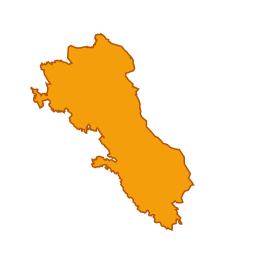 the district of Sausnējas pag., Erglu, Latvia, rotated 226°
{"feature_id": "27541924B72961238006119", "entity_name": "Sausnējas pag.", "entity_type": "district", "adm_level": 2, "iso_a3": "LVA", "parent_name": "Latvia", "parent_adm1": "Erglu", "projection": "robinson", "projection_center": [25.654, 56.823], "detail": "fine", "context": "isolated", "style": "filled", "palette": "amber", "viewbox_px": 256, "rotation_deg": 226, "n_neighbors": 0, "source": "geoboundaries", "source_scale": "gbopen_adm2", "svg_char_len": 5765}
<svg xmlns="http://www.w3.org/2000/svg" viewBox="0 0 256 256"><g transform="rotate(226 128 128)"><path d="M223.4,126.7L223.8,125.7L223.6,125.6L225.8,124.1L227.0,121.9L225.8,121.1L228.1,118.9L226.6,117.6L227.5,117.5L228.0,116.9L228.7,117.2L230.2,116.5L230.9,116.6L231.0,115.9L231.6,115.4L231.6,114.6L230.8,114.7L230.8,114.0L230.6,113.6L230.8,112.8L231.9,112.6L231.8,112.1L232.3,111.8L232.8,110.6L233.8,111.1L234.3,111.1L233.6,108.4L232.9,107.8L231.0,107.0L230.4,106.4L228.6,107.2L228.3,107.9L227.5,107.6L226.9,106.6L224.1,104.9L223.6,105.0L219.3,103.8L213.5,102.7L215.5,100.4L216.8,100.3L215.0,99.2L212.8,98.4L210.5,96.0L209.0,93.1L207.7,92.6L208.0,92.0L208.8,91.8L209.9,92.5L210.9,91.7L211.0,91.1L212.1,90.5L211.9,88.0L213.2,88.7L216.8,87.8L217.9,88.4L218.0,89.7L218.3,89.9L218.9,89.7L220.3,87.9L221.3,87.0L222.4,86.7L224.0,86.8L224.2,86.5L224.1,85.9L223.4,85.7L221.2,85.8L220.8,85.1L220.2,84.9L219.9,84.2L218.2,84.2L217.4,84.9L215.5,85.1L215.2,84.5L216.0,84.5L216.3,84.3L215.6,83.8L215.9,83.5L216.0,83.2L215.6,83.0L216.0,82.8L215.0,81.8L214.0,82.2L214.0,81.9L215.0,81.4L215.0,81.1L213.8,79.7L212.2,79.2L211.1,79.2L210.6,79.6L210.7,80.4L209.9,81.0L205.8,79.4L204.8,79.6L204.0,78.6L203.4,78.6L203.3,80.1L202.9,80.4L202.8,82.1L204.1,83.9L204.8,83.4L204.9,83.9L206.5,85.2L206.8,85.3L204.7,88.9L204.5,90.4L201.7,90.7L199.9,89.3L199.8,88.7L200.2,88.1L199.7,87.3L198.5,86.8L195.4,87.0L194.9,86.1L193.6,87.3L192.3,86.6L192.9,85.9L191.1,86.1L191.0,87.8L190.1,88.7L189.0,88.3L187.6,89.2L187.4,89.6L187.9,90.1L188.7,90.2L188.6,90.5L186.5,90.6L186.2,91.0L186.6,91.9L183.6,92.7L184.4,93.1L183.8,94.0L185.1,94.3L185.4,97.3L182.6,97.4L182.5,97.6L181.9,96.6L178.0,97.3L176.4,96.9L175.9,95.2L176.1,94.8L175.9,92.7L174.9,92.3L173.1,90.9L172.1,90.7L168.5,91.2L166.8,90.7L164.7,91.0L163.0,90.9L160.7,91.8L161.0,93.3L159.5,94.0L158.6,92.9L158.0,92.6L157.6,92.8L158.3,93.8L158.3,94.5L156.8,95.3L155.6,94.1L153.9,94.2L153.1,94.6L153.6,95.3L155.5,97.1L154.6,97.9L155.3,99.5L157.0,98.1L157.8,100.9L157.7,102.5L156.7,102.4L155.4,101.7L154.5,101.1L154.3,100.5L152.9,100.5L153.2,99.8L152.6,99.9L151.9,100.4L152.1,100.8L149.3,101.7L147.8,103.3L148.7,103.8L149.5,106.0L142.6,104.6L141.8,104.7L140.3,104.4L138.4,104.5L138.0,104.2L140.3,103.5L139.9,101.7L139.8,99.4L138.3,99.4L134.5,98.4L131.9,99.2L130.7,98.5L129.5,98.8L125.5,98.9L121.9,96.8L122.7,95.5L122.7,94.7L121.8,94.1L120.4,94.3L119.0,95.6L117.0,96.0L116.7,97.0L115.1,97.7L112.7,97.4L112.0,96.6L112.3,95.1L116.2,94.4L117.3,93.2L117.3,92.0L120.1,91.6L120.9,90.8L120.2,89.8L121.9,89.1L124.1,89.6L127.9,87.4L128.2,86.2L128.9,85.1L127.3,83.9L127.4,83.0L128.4,82.8L128.0,82.3L128.1,81.6L130.4,80.5L128.8,79.3L126.5,79.3L126.0,79.0L125.9,78.6L127.0,77.9L127.3,77.2L126.8,76.7L125.3,75.9L124.5,76.0L122.1,77.2L122.0,78.3L120.1,80.1L119.8,80.8L120.0,81.6L118.2,82.9L118.9,83.8L118.9,84.2L116.6,86.8L116.2,86.9L115.6,86.6L115.4,84.1L113.8,84.0L112.7,84.4L112.4,84.9L112.8,85.5L113.9,86.3L113.5,86.8L111.6,87.1L110.6,87.0L109.5,86.6L108.7,85.8L108.1,85.6L107.8,85.8L107.9,86.9L107.6,87.5L106.9,87.6L104.7,87.0L103.6,87.4L103.3,87.8L103.5,89.4L102.8,89.7L102.2,89.5L101.2,88.5L98.0,87.8L97.8,87.5L97.8,87.1L97.6,86.9L96.1,87.5L94.8,87.4L94.4,87.0L94.7,86.0L94.7,85.4L92.8,84.9L92.3,83.6L88.7,83.2L86.2,81.4L84.3,81.6L82.8,81.0L81.8,81.7L81.0,81.8L80.3,80.9L77.7,80.1L76.7,80.5L76.3,81.9L74.0,82.2L72.8,82.0L71.6,80.7L71.0,80.4L69.4,80.8L66.5,79.9L65.6,80.1L65.2,80.8L64.4,81.2L64.0,80.8L63.7,79.0L63.3,78.5L60.2,79.0L58.7,78.9L57.0,80.5L55.2,81.1L55.2,82.2L54.8,83.0L55.5,84.1L55.3,84.9L54.0,85.1L52.3,84.5L51.5,83.8L51.4,82.8L50.5,82.4L48.9,83.5L48.7,83.8L48.8,85.2L47.8,86.3L47.2,86.6L46.5,86.3L46.4,85.5L46.7,84.8L46.5,84.3L44.6,84.3L43.6,83.9L42.3,82.1L41.5,82.0L40.1,82.7L38.9,84.8L38.2,85.4L36.9,85.5L35.0,84.4L33.9,84.3L32.0,85.8L28.4,85.9L28.2,86.3L28.5,87.2L28.3,87.5L26.5,87.6L24.1,89.0L27.7,92.7L27.5,94.1L26.8,94.8L26.0,96.3L28.8,99.5L27.3,100.3L26.1,100.2L25.4,99.4L24.2,98.7L22.4,99.0L21.7,100.1L22.6,100.6L25.9,101.1L26.8,103.5L31.9,103.5L32.8,104.7L35.6,105.9L36.0,105.8L34.8,107.5L35.8,108.0L38.6,107.0L43.4,107.3L42.7,109.9L42.9,111.1L40.4,111.3L39.6,111.8L37.1,114.6L36.5,115.9L40.7,117.8L42.2,121.3L43.1,124.7L41.5,128.4L42.8,133.1L42.7,134.1L41.6,135.6L45.5,136.5L47.4,136.4L49.8,136.8L51.9,141.2L62.7,143.4L68.1,148.2L76.9,149.9L79.6,147.6L84.4,145.0L88.6,144.7L90.2,144.0L92.7,142.4L94.5,142.9L100.4,142.9L102.9,141.6L109.0,142.1L114.7,142.1L115.0,141.9L116.3,142.3L120.2,146.2L125.9,145.4L128.3,146.1L130.2,147.1L130.6,148.3L135.6,151.5L136.7,153.2L140.8,155.2L145.8,156.6L146.5,156.5L145.9,157.3L146.1,157.7L147.3,158.0L147.7,158.6L148.6,159.0L148.3,159.7L148.9,160.7L148.5,161.6L148.8,162.7L154.7,160.2L156.1,162.0L163.7,161.7L164.4,162.2L167.0,162.2L168.9,164.8L167.6,166.7L166.7,169.4L165.5,171.4L166.2,173.9L167.7,175.1L171.5,176.9L172.9,178.7L175.3,179.4L176.4,178.2L176.9,178.7L176.5,179.2L176.9,179.6L181.6,179.6L182.5,180.0L186.2,179.6L191.0,180.1L200.4,174.7L202.0,174.9L202.2,174.3L203.7,174.3L205.1,175.4L206.5,174.4L207.9,174.1L210.2,174.7L212.3,174.3L212.6,174.5L213.8,173.5L214.5,174.0L214.6,173.9L214.0,173.3L216.2,171.5L217.2,169.2L216.9,169.0L216.5,167.7L215.7,167.6L215.5,167.1L215.6,166.6L215.4,166.3L214.7,166.2L213.4,166.9L212.8,166.7L213.0,165.5L212.4,165.3L212.0,164.8L212.0,164.2L212.2,163.8L211.6,163.3L211.7,162.8L210.8,162.5L210.8,162.2L211.6,161.4L211.2,160.2L210.4,159.6L210.4,159.1L211.3,158.4L210.9,157.9L211.5,157.5L212.1,156.6L212.8,156.5L213.7,155.5L214.3,155.4L213.9,154.9L214.3,154.6L215.7,154.3L218.6,149.5L221.0,146.9L223.1,145.6L226.9,144.3L227.4,141.2L220.4,133.3L219.3,133.0L217.9,133.1L213.6,132.7L213.6,132.3L214.5,131.8L214.6,131.4L214.3,130.4L214.4,130.0L215.1,129.5L217.9,129.0L221.1,126.8L222.6,127.0L223.4,126.7Z" fill="#f59e0b" stroke="#b45309" stroke-width="1.5"/></g></svg>